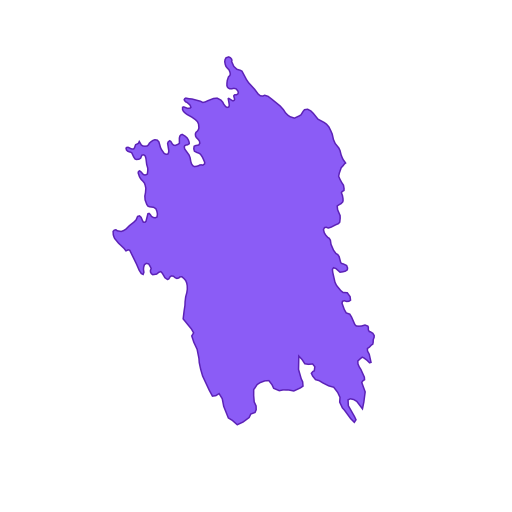 outline of Puchavičy, Minsk, Belarus, rotated 65°
{"feature_id": "67162791B58974730621112", "entity_name": "Puchavičy", "entity_type": "district", "adm_level": 2, "iso_a3": "BLR", "parent_name": "Belarus", "parent_adm1": "Minsk", "projection": "equal_earth", "projection_center": [27.908, 53.474], "detail": "fine", "context": "isolated", "style": "filled", "palette": "violet", "viewbox_px": 512, "rotation_deg": 65, "n_neighbors": 0, "source": "geoboundaries", "source_scale": "gbopen_adm2", "svg_char_len": 6111}
<svg xmlns="http://www.w3.org/2000/svg" viewBox="0 0 512 512"><g transform="rotate(65 256 256)"><path d="M439.5,224.1L434.1,220.1L425.3,214.5L415.3,213.6L414.3,211.9L414.0,209.9L411.6,209.0L403.3,208.9L400.0,209.3L396.9,209.2L394.2,208.1L393.2,205.0L392.6,202.5L394.0,201.3L397.3,199.5L400.8,198.2L401.0,196.7L392.9,194.9L389.2,195.1L386.9,194.1L386.5,191.7L385.4,188.9L385.3,187.5L383.9,186.4L381.4,185.1L379.6,183.3L378.0,182.5L375.4,182.8L373.0,184.4L372.5,185.2L370.4,185.4L368.0,184.3L366.8,184.3L364.6,186.4L364.0,190.2L362.9,192.8L361.8,194.7L359.9,195.4L351.7,195.2L348.3,195.6L345.7,198.3L341.8,198.6L335.2,198.0L333.6,196.8L333.9,194.8L335.5,193.1L336.3,191.0L336.0,189.0L332.6,187.9L327.9,188.8L326.8,190.7L325.9,192.5L323.2,193.8L317.8,195.2L316.1,195.5L313.0,195.5L303.4,193.4L300.4,192.4L299.4,190.7L301.1,188.9L306.2,186.7L307.0,184.1L307.5,181.4L307.1,179.1L305.6,178.1L302.9,177.9L300.0,180.3L298.9,181.6L297.8,182.0L291.6,180.9L289.2,181.3L287.6,182.5L283.5,183.3L277.1,183.1L273.1,181.9L270.8,182.2L269.5,183.1L266.6,184.0L263.8,184.3L260.6,183.7L259.2,181.9L259.6,180.2L261.2,178.7L261.6,175.7L261.4,170.5L261.5,167.6L260.7,165.8L257.4,163.8L254.9,162.7L248.6,162.5L245.0,161.3L244.6,158.9L244.5,156.8L243.6,154.5L242.6,153.7L240.7,152.9L237.7,152.1L234.8,151.9L234.0,150.7L233.8,148.6L232.1,147.7L228.8,146.8L225.5,147.3L221.9,147.5L218.6,147.4L216.0,145.4L212.0,141.5L211.0,139.0L209.9,136.9L209.6,135.5L205.3,136.3L202.9,136.3L200.1,136.1L196.0,135.3L193.1,135.3L187.5,136.7L183.2,136.6L177.7,135.4L174.0,135.3L169.8,135.4L166.3,136.4L163.8,137.8L158.2,142.0L150.9,143.8L147.7,145.0L144.8,147.2L143.9,150.2L144.8,152.1L147.1,155.6L147.3,157.7L147.3,162.9L144.1,166.3L141.7,167.7L138.6,168.8L135.0,169.3L130.3,170.7L120.4,175.5L116.4,177.6L114.0,180.2L113.9,182.3L112.6,184.4L110.1,185.6L104.3,186.8L95.8,189.5L92.1,190.1L82.6,190.6L81.1,191.7L78.7,194.4L74.8,196.0L69.4,195.9L68.6,195.2L67.4,194.9L65.5,195.4L64.0,196.6L63.7,199.4L64.9,201.0L66.7,202.2L69.3,202.9L71.5,203.1L73.2,202.7L75.9,201.8L78.3,201.9L80.3,202.4L81.4,203.5L82.0,205.2L84.7,207.8L87.1,209.3L89.4,210.4L90.8,210.5L92.1,210.1L93.3,209.2L94.2,207.4L94.6,205.5L95.3,204.3L96.3,203.3L99.0,202.7L100.4,203.0L101.3,203.7L101.5,204.4L101.6,205.6L100.9,207.2L101.3,208.3L102.2,208.7L104.9,209.1L105.7,210.0L105.7,211.2L105.3,211.7L101.6,214.1L101.7,214.7L106.2,215.9L108.3,216.6L109.5,217.8L109.1,219.5L107.7,220.4L104.7,221.1L102.7,221.1L99.9,221.9L96.5,224.5L95.3,227.9L94.9,233.9L94.9,236.9L94.4,239.3L92.3,240.9L86.7,247.6L85.2,250.2L83.2,252.9L83.3,254.1L84.1,255.1L85.6,254.9L86.7,254.5L87.7,253.6L91.0,252.1L92.3,252.0L93.8,252.2L94.1,253.3L93.3,255.6L90.3,258.5L90.2,259.7L92.3,260.7L94.4,260.6L96.7,259.7L98.7,258.6L103.1,255.4L106.8,253.3L109.5,252.3L112.1,252.3L115.7,253.6L117.0,254.7L118.0,256.2L118.6,258.2L119.8,259.4L121.8,260.1L123.5,260.0L125.0,259.4L127.7,258.7L130.0,259.2L131.2,261.0L130.4,264.1L130.4,265.7L132.6,267.1L135.0,267.5L137.5,265.6L138.1,264.8L139.7,263.6L141.0,263.2L143.6,262.8L146.4,262.8L149.4,262.9L150.8,263.7L151.2,265.9L150.4,266.8L149.8,268.3L149.9,269.9L149.6,271.9L148.9,274.1L147.5,275.1L145.3,275.5L142.9,275.2L139.1,274.2L136.2,274.0L128.9,275.4L126.8,274.9L125.9,273.9L125.9,272.3L126.3,271.0L126.0,269.0L124.5,268.5L122.5,268.3L120.0,268.5L117.6,269.5L114.6,271.5L114.5,272.9L115.1,274.3L116.7,275.6L121.5,277.8L121.8,279.6L121.7,282.4L120.8,283.8L119.1,284.5L116.2,284.8L115.1,285.5L115.4,287.2L116.6,288.5L123.8,290.6L125.3,291.5L126.4,292.9L125.8,294.6L124.2,295.9L119.4,296.7L117.3,296.7L111.5,295.8L109.3,296.5L107.9,298.5L107.7,300.4L108.0,302.6L108.7,305.0L109.8,306.5L110.3,308.2L109.6,310.2L108.6,311.9L107.0,313.0L102.9,313.4L104.2,314.9L104.3,318.1L106.5,320.3L107.3,321.6L106.7,323.0L106.0,323.9L103.6,325.8L103.0,327.1L103.3,328.2L105.2,328.6L106.8,328.0L108.2,326.7L108.9,325.8L110.0,325.0L114.4,325.0L117.0,324.6L118.0,323.6L118.8,321.2L118.6,319.3L116.4,316.8L116.8,315.0L118.7,314.1L121.3,314.6L126.9,316.4L130.7,317.0L132.7,317.9L135.8,319.8L135.9,321.5L135.6,322.5L134.7,323.6L131.1,324.7L129.6,325.5L129.8,326.8L130.9,327.7L134.8,328.1L136.3,328.0L138.2,327.7L140.3,326.9L142.7,326.3L144.9,326.5L148.0,327.2L151.9,329.4L154.7,331.4L158.3,332.8L163.2,333.2L165.3,332.8L166.5,331.5L168.6,328.2L170.8,326.8L173.5,326.9L176.3,327.6L178.8,329.2L178.8,331.2L177.7,332.8L176.0,334.0L173.8,334.3L172.2,334.9L172.0,336.1L178.0,341.0L178.5,342.3L177.7,343.8L175.7,343.9L172.4,343.8L170.4,344.6L170.1,346.6L172.6,349.4L173.7,352.4L175.0,357.9L176.7,362.6L177.0,365.2L176.8,367.8L174.5,371.1L173.0,371.9L172.7,373.6L173.3,375.1L176.5,376.4L179.1,376.7L180.4,376.7L186.2,375.2L193.3,372.4L196.4,371.7L196.4,369.2L197.5,368.0L212.7,367.7L219.5,367.9L223.4,367.4L225.0,366.1L223.4,364.5L220.5,363.6L218.6,362.5L216.7,360.8L216.3,358.6L217.8,356.6L221.1,356.3L223.0,356.3L224.5,357.8L225.9,358.4L227.8,358.3L229.3,357.5L230.4,353.7L229.7,351.0L229.9,348.9L232.0,348.2L237.2,347.7L239.9,346.1L239.9,344.7L238.5,342.6L238.3,341.1L239.4,339.4L241.5,338.4L242.9,337.2L243.3,335.2L242.8,333.9L243.4,332.0L246.0,330.8L248.5,330.1L251.2,330.2L253.9,330.9L257.1,332.3L260.0,334.2L263.3,337.0L267.5,339.6L270.8,341.3L275.0,344.1L282.2,348.6L294.8,345.4L299.3,345.0L301.3,348.0L307.8,348.8L315.7,348.8L324.7,351.0L328.7,352.5L335.2,354.0L342.2,355.1L357.7,355.1L364.6,354.7L365.6,351.4L365.1,347.6L371.1,346.9L378.6,348.8L391.1,349.5L395.0,346.9L401.0,344.3L401.0,337.9L399.5,330.5L397.0,327.5L397.4,323.0L395.4,320.8L391.9,319.3L387.5,319.3L381.5,317.1L376.0,314.5L375.5,313.4L373.0,309.3L372.5,305.9L372.9,300.7L374.4,297.0L379.4,295.9L383.4,295.9L387.9,291.8L388.8,288.1L391.3,282.9L394.3,278.8L394.3,271.4L393.8,268.4L389.8,266.9L386.3,266.9L376.8,265.4L364.8,259.5L369.3,258.0L374.3,257.3L376.3,254.3L377.8,250.3L381.2,249.5L384.7,251.7L384.7,253.2L385.7,255.4L388.7,255.4L393.2,254.3L395.7,251.4L399.2,249.1L404.4,245.0L407.8,241.0L414.2,239.6L419.6,239.6L423.8,241.9L430.1,241.9L433.0,241.0L443.5,238.9L448.3,237.2L446.7,234.6L443.2,234.6L430.8,235.6L425.3,233.4L425.3,230.8L427.5,228.0L430.4,226.1L439.5,224.1Z" fill="#8b5cf6" stroke="#5b21b6" stroke-width="1.5"/></g></svg>